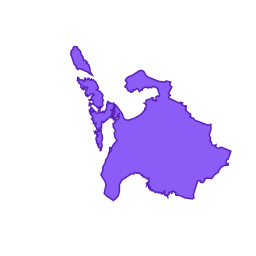 Albay, Albay, Philippines, rotated 226°
{"feature_id": "2640588B82697045094820", "entity_name": "Albay", "entity_type": "district", "adm_level": 2, "iso_a3": "PHL", "parent_name": "Philippines", "parent_adm1": "Albay", "projection": "robinson", "projection_center": [123.87, 13.255], "detail": "fine", "context": "isolated", "style": "filled", "palette": "violet", "viewbox_px": 256, "rotation_deg": 226, "n_neighbors": 0, "source": "geoboundaries", "source_scale": "gbopen_adm2", "svg_char_len": 5979}
<svg xmlns="http://www.w3.org/2000/svg" viewBox="0 0 256 256"><g transform="rotate(226 128 128)"><path d="M97.5,65.4L93.7,65.5L86.0,67.1L85.7,70.3L86.1,74.0L88.4,77.8L93.4,82.7L94.8,87.7L92.7,98.5L90.7,100.6L91.4,102.1L89.0,103.2L87.4,105.0L84.5,104.9L83.8,105.8L82.3,104.8L80.8,106.0L78.6,106.3L77.8,106.8L77.7,108.0L76.6,107.0L75.5,106.9L74.7,105.6L75.3,105.2L74.9,104.3L75.5,102.9L74.7,102.3L73.9,103.6L73.2,101.5L72.7,103.3L71.2,102.0L71.1,103.0L69.7,102.8L69.8,101.4L68.6,101.9L68.2,101.0L66.8,102.4L66.3,101.6L64.4,103.1L63.0,102.6L61.6,104.7L60.8,104.5L60.4,105.5L59.9,105.2L58.4,107.1L57.7,106.3L56.7,106.8L57.1,110.3L54.8,107.8L53.6,108.0L52.9,109.0L50.8,108.6L52.4,110.1L51.9,111.8L53.1,112.7L52.2,114.5L50.1,114.0L51.5,115.2L51.3,116.7L49.7,117.4L49.3,116.6L48.2,117.4L46.6,115.8L43.1,118.6L38.4,120.3L32.2,125.1L32.0,127.0L34.5,128.5L41.5,141.1L40.2,143.3L38.7,142.5L36.8,143.7L36.8,145.8L38.0,148.4L36.1,151.0L33.5,153.1L34.3,158.1L33.5,162.2L34.6,164.6L35.1,167.9L34.2,171.3L31.9,173.9L32.5,174.0L32.1,174.3L32.6,175.0L32.6,174.2L33.1,174.8L34.1,174.1L35.5,174.9L36.5,176.9L36.0,178.3L39.9,185.9L48.9,182.0L50.1,181.0L50.2,179.1L51.2,178.4L53.6,178.0L54.8,179.7L55.4,177.9L57.6,176.7L60.3,178.3L61.6,178.1L63.7,180.5L66.6,181.5L69.3,186.7L73.1,190.1L73.6,188.6L75.2,187.2L86.6,181.7L88.5,181.4L89.7,182.0L90.4,181.1L92.9,180.3L92.8,181.3L95.0,182.8L95.4,182.1L101.4,182.0L101.5,183.2L102.5,183.6L103.0,185.0L103.9,185.1L104.5,184.0L107.5,182.9L108.2,184.7L108.9,183.7L109.5,184.1L110.2,183.5L109.9,182.3L121.2,178.1L122.4,179.4L122.0,181.1L124.7,181.2L127.1,188.1L129.8,187.8L131.5,190.6L135.3,188.1L135.5,186.3L140.4,182.4L150.9,177.7L153.6,177.5L157.8,178.6L160.0,177.8L161.2,176.3L162.9,167.8L164.6,163.6L164.7,160.8L164.1,159.2L160.8,158.6L160.2,157.4L160.3,155.1L159.2,154.3L158.3,155.0L154.4,154.0L153.0,155.3L152.1,154.8L151.2,155.6L150.8,157.4L151.4,157.9L151.0,158.7L151.6,158.6L150.4,159.6L150.3,161.4L149.2,162.3L146.2,161.6L146.1,164.2L145.4,164.6L146.2,165.7L145.7,168.1L144.3,169.7L142.5,170.5L142.5,171.9L140.7,172.8L140.8,174.7L139.5,175.1L138.7,176.3L135.8,176.6L129.7,173.6L129.1,172.4L130.8,171.2L131.0,169.7L128.0,167.7L129.1,167.0L128.3,166.9L128.2,166.4L131.1,165.4L132.1,166.4L132.5,166.3L132.4,166.2L132.5,166.1L132.1,167.0L133.2,166.5L133.2,164.5L135.3,160.6L133.7,158.0L134.5,156.9L132.0,157.4L130.3,155.4L130.4,153.8L130.0,153.3L129.9,153.9L129.2,153.5L129.8,153.2L129.2,152.0L128.8,146.5L130.5,139.6L133.0,134.3L135.5,131.8L138.5,131.8L142.2,133.7L150.8,135.0L151.4,134.2L152.1,134.6L152.1,131.4L151.7,130.9L151.5,131.6L150.4,131.2L148.2,129.4L147.4,127.2L148.5,127.4L148.7,126.8L147.2,126.3L147.3,125.4L144.1,125.1L143.3,128.3L144.2,128.7L144.7,130.1L144.8,132.7L143.9,130.0L142.2,129.5L141.5,128.1L141.6,125.8L142.6,125.2L141.7,124.6L142.4,124.2L141.1,122.0L140.9,120.9L141.3,120.5L141.8,121.2L141.3,120.1L138.9,118.1L135.3,117.5L134.4,116.6L134.1,114.7L130.2,112.1L126.7,111.6L126.2,106.1L125.2,103.3L125.5,101.9L123.2,100.7L123.2,97.8L126.2,100.9L125.7,101.7L126.6,101.2L124.4,99.0L121.1,93.1L120.5,89.8L118.6,87.1L117.4,82.9L114.7,80.1L113.2,76.0L105.3,74.3L102.3,72.7L97.5,65.4ZM174.4,119.3L173.2,122.0L171.1,121.5L170.1,120.0L169.0,119.5L164.7,120.6L164.1,119.9L161.7,120.6L160.8,119.6L160.3,120.6L161.6,121.8L163.0,121.7L162.9,122.9L161.3,123.3L161.8,125.8L164.4,127.6L164.8,129.1L167.6,130.6L169.2,132.9L173.6,133.2L177.4,131.9L177.0,134.0L178.2,135.0L183.7,136.8L187.1,136.3L187.7,135.1L188.5,135.6L188.7,134.2L188.9,134.3L188.8,135.0L189.0,134.2L190.5,134.3L190.7,133.1L191.4,133.5L191.1,132.6L192.1,131.4L193.8,131.7L193.7,130.8L192.1,130.4L192.4,128.4L194.1,128.7L196.5,126.6L198.2,127.3L199.3,127.0L197.2,124.4L196.2,125.0L194.5,123.9L191.7,124.4L190.1,122.4L187.5,122.2L186.4,122.7L188.7,124.7L187.0,124.7L186.6,126.7L185.0,127.1L184.4,125.5L185.5,124.4L184.7,124.6L182.5,121.0L181.7,121.2L180.9,120.4L180.1,120.5L180.1,121.3L179.5,120.5L178.9,120.8L179.3,121.0L178.4,122.0L178.0,125.2L177.4,126.4L176.2,126.9L175.5,126.3L176.1,125.9L175.6,126.1L176.1,124.9L175.4,124.3L175.7,123.2L174.1,121.5L175.4,119.6L174.4,119.3ZM151.4,129.3L151.6,128.1L151.7,129.3L152.1,128.0L152.7,128.1L152.1,129.9L153.3,133.6L152.9,135.1L153.9,134.9L153.6,134.0L154.3,133.6L155.8,134.9L155.9,133.9L158.5,132.6L158.6,131.4L159.9,132.2L161.1,132.0L159.6,129.0L157.1,126.5L155.5,121.8L156.3,122.0L156.2,121.2L157.6,121.5L157.4,119.8L158.8,119.2L159.2,117.0L160.6,115.4L162.3,116.2L163.4,115.2L164.8,110.8L159.9,110.3L160.0,108.2L158.2,107.8L157.6,108.8L155.4,106.3L153.7,108.3L153.0,107.0L153.2,106.0L150.9,105.9L148.6,104.6L148.4,105.4L148.1,105.0L147.5,105.4L147.4,105.2L147.2,105.3L147.1,105.2L147.3,106.0L146.1,107.4L147.4,108.2L146.4,108.9L150.9,113.6L150.2,114.4L148.9,114.1L148.4,122.5L146.2,123.6L147.7,124.4L147.4,123.7L148.6,124.1L147.9,125.3L149.6,126.1L150.1,128.2L149.7,128.7L151.2,131.2L150.6,129.1L151.4,129.3ZM207.5,132.6L204.7,132.6L204.7,134.3L202.4,135.4L196.1,137.9L193.7,138.0L192.5,138.7L191.9,138.6L190.9,139.0L195.0,140.0L197.9,142.3L201.1,143.7L203.8,143.3L204.5,144.0L204.2,144.4L206.8,144.1L207.4,143.1L211.2,145.3L213.0,145.1L215.9,147.0L218.6,147.3L219.9,146.8L221.3,147.8L223.5,146.4L224.1,144.9L222.8,142.9L223.1,141.0L220.8,138.1L210.7,133.4L208.7,134.0L207.5,132.6ZM131.1,92.3L130.7,93.1L133.3,97.2L136.2,99.0L137.8,101.9L140.4,104.3L143.1,105.2L144.9,107.1L146.4,105.6L146.0,105.0L146.7,104.2L146.0,103.8L146.8,103.4L146.7,102.6L148.1,102.6L147.6,101.8L148.7,101.3L146.9,100.4L145.9,101.8L145.0,101.0L143.6,101.5L143.9,100.2L142.8,100.0L143.4,98.7L141.8,96.8L140.6,96.9L139.7,95.4L138.3,95.1L136.9,95.9L136.5,95.2L136.9,94.4L134.4,93.5L132.8,94.1L131.1,92.3ZM166.4,111.6L164.9,113.3L165.6,113.3L164.4,114.4L164.1,115.8L168.6,116.0L167.5,114.0L167.9,112.8L166.4,111.6ZM171.1,115.5L170.5,116.4L170.3,118.9L172.8,117.8L171.1,115.5ZM144.0,123.4L144.0,124.9L144.0,124.3L144.3,125.0L145.6,124.2L144.0,123.4ZM160.9,118.2L160.3,118.1L160.5,119.3L160.9,118.2Z" fill="#8b5cf6" stroke="#5b21b6" stroke-width="1.5"/></g></svg>